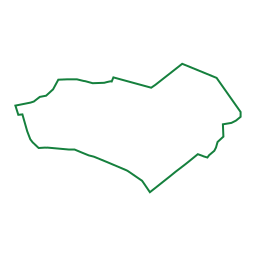 the district of La Carierre, Castries, Saint Lucia
{"feature_id": "8701671B73627657700806", "entity_name": "La Carierre", "entity_type": "district", "adm_level": 2, "iso_a3": "LCA", "parent_name": "Saint Lucia", "parent_adm1": "Castries", "projection": "mercator", "projection_center": [-60.987, 14.018], "detail": "fine", "context": "isolated", "style": "outline", "palette": "green", "viewbox_px": 256, "rotation_deg": 0, "n_neighbors": 0, "source": "geoboundaries", "source_scale": "gbopen_adm2", "svg_char_len": 1006}
<svg xmlns="http://www.w3.org/2000/svg" viewBox="0 0 256 256"><path d="M149.9,192.2L169.6,176.6L175.5,171.8L185.3,164.3L188.7,161.6L197.8,154.2L198.7,154.5L202.3,155.8L203.7,156.4L207.4,157.5L209.1,155.2L214.3,150.8L216.0,147.5L217.1,143.6L217.6,141.9L218.2,141.4L223.4,136.6L222.9,124.3L231.4,122.9L235.4,120.9L236.1,120.5L239.9,117.4L240.6,116.8L240.6,112.8L240.6,112.0L235.6,104.9L216.6,77.9L182.2,63.8L155.3,84.9L151.2,87.7L113.4,77.4L111.7,81.5L110.4,81.3L109.5,81.5L106.8,82.1L104.2,82.8L92.7,83.2L91.2,82.8L85.3,81.2L83.4,80.9L76.8,79.3L75.5,79.3L67.9,79.3L58.3,79.7L55.7,84.5L53.1,89.3L46.1,95.7L39.8,96.9L35.0,100.6L33.9,101.5L30.5,102.6L15.4,105.6L18.3,114.8L20.4,114.6L22.4,114.4L27.2,131.2L28.3,134.1L30.3,139.3L32.6,142.3L37.9,147.3L38.7,148.0L45.0,147.6L46.5,147.7L47.3,147.6L50.8,147.9L68.5,149.5L74.5,149.5L82.9,153.0L88.8,155.4L93.2,156.5L94.2,156.8L107.6,162.3L126.7,170.4L128.1,171.2L140.5,179.7L142.0,180.7L142.8,181.8L149.9,192.2Z" fill="none" stroke="#15803d" stroke-width="2"/></svg>